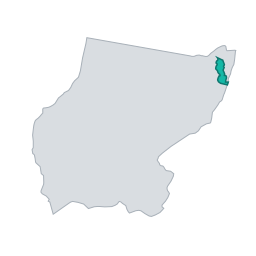 where Rukungiri sits in Uganda, rotated 190°
{"feature_id": "UGA-3373", "entity_name": "Rukungiri", "entity_type": "District", "adm_level": 1, "iso_a3": "UGA", "parent_name": "Uganda", "parent_adm1": "", "projection": "mercator", "projection_center": [29.905, -0.722], "detail": "fine", "context": "in_parent", "style": "filled", "palette": "teal", "viewbox_px": 256, "rotation_deg": 190, "n_neighbors": 0, "source": "natural_earth", "source_scale": "10m", "svg_char_len": 2768}
<svg xmlns="http://www.w3.org/2000/svg" viewBox="0 0 256 256"><g transform="rotate(190 128 128)"><path d="M184.2,209.8L180.4,209.8L174.3,209.8L168.2,209.8L162.1,209.8L156.0,209.8L149.9,209.8L143.7,209.8L137.6,209.8L131.5,209.8L125.4,209.8L119.3,209.8L113.2,209.8L107.0,209.8L100.9,209.8L94.8,209.8L88.7,209.8L82.6,209.8L79.0,209.8L78.2,209.7L77.7,209.6L75.4,210.0L73.0,211.5L70.5,212.2L67.8,211.9L67.4,212.1L66.1,212.0L64.1,211.9L62.3,212.3L60.9,213.7L59.5,215.9L57.0,218.5L55.1,220.8L53.4,222.5L49.6,225.2L47.5,225.9L46.5,225.8L45.8,225.3L44.6,221.9L43.9,221.3L36.5,223.1L35.3,223.1L35.5,222.1L34.9,214.0L34.8,209.0L35.8,205.9L36.4,202.3L36.4,199.2L37.8,193.8L37.3,190.6L39.0,179.3L39.5,177.4L40.2,172.0L41.3,170.3L42.3,169.6L43.5,166.3L46.0,161.0L47.6,158.2L47.3,152.2L47.5,148.1L47.9,147.2L51.5,145.7L56.2,141.9L58.2,137.4L60.9,134.6L66.3,132.7L82.3,117.5L89.8,109.2L93.0,105.0L93.1,103.5L93.7,101.5L92.4,100.0L90.9,98.6L90.4,97.3L89.0,96.6L87.1,96.6L85.9,95.7L84.4,93.8L83.0,92.7L78.5,92.8L75.0,90.9L75.0,88.3L76.4,83.2L79.0,77.4L79.2,75.8L78.8,74.4L78.2,73.2L77.0,72.1L75.8,70.7L76.7,66.5L78.4,62.4L79.7,60.3L81.1,58.0L80.7,56.1L78.8,55.2L79.8,53.4L81.9,50.3L86.0,47.1L89.5,45.0L91.9,45.0L96.6,46.7L100.8,48.7L103.1,48.8L105.9,47.9L111.8,44.5L113.2,45.6L114.9,47.7L116.7,51.2L120.4,52.8L122.1,53.9L123.4,54.2L124.1,53.9L125.5,51.2L127.2,49.7L130.3,47.8L137.1,46.3L142.0,45.8L144.1,45.5L147.5,44.6L153.0,41.8L158.4,45.4L164.3,46.1L169.9,46.1L171.7,45.0L172.7,44.1L178.6,38.2L186.7,30.1L192.1,41.5L193.9,42.1L193.6,43.1L193.2,44.1L196.7,46.8L201.0,48.3L202.6,49.7L202.7,51.2L201.3,57.9L201.5,59.8L202.9,66.5L205.5,68.0L207.8,74.7L212.4,77.6L213.1,78.4L214.1,81.6L215.5,85.2L216.6,86.0L217.3,86.2L218.7,90.0L217.9,92.2L219.0,98.6L220.7,104.4L221.1,111.3L221.2,114.3L221.1,116.2L220.7,118.8L219.9,120.3L218.4,121.8L216.8,124.1L215.4,126.6L214.5,127.9L215.2,131.6L215.0,132.6L214.6,133.0L212.5,133.6L209.8,134.6L208.2,135.6L205.9,137.5L204.1,139.5L201.7,145.5L197.6,150.2L196.9,151.8L193.1,154.6L191.4,158.0L190.3,162.2L188.8,165.2L185.6,169.4L184.8,176.0L184.9,189.1L184.1,204.0L184.2,209.8Z" fill="#d9dde1" stroke="#a8b0b8" stroke-width="1"/><path d="M37.2,190.6L37.6,187.7L44.6,188.1L46.9,189.2L47.9,190.6L48.1,191.4L48.0,192.2L47.9,192.7L47.8,193.7L47.4,194.5L47.4,195.0L46.8,195.2L46.4,195.5L46.9,196.8L48.2,197.4L49.2,198.6L49.9,200.0L51.9,201.5L52.0,202.8L51.9,204.2L51.3,205.4L51.2,206.4L52.0,206.9L52.6,207.4L52.5,208.2L52.5,208.9L52.2,209.5L51.6,210.1L51.4,210.6L51.4,211.3L51.6,212.1L52.3,212.8L47.6,211.5L46.5,211.3L44.1,207.2L44.2,206.4L44.6,205.8L44.5,205.0L43.8,204.3L44.4,201.5L42.4,198.4L42.1,197.5L42.2,196.5L41.3,196.5L40.5,196.4L39.9,195.4L39.7,194.3L40.0,192.3L39.9,190.2L37.2,190.6Z" fill="#14b8a6" stroke="#0f766e" stroke-width="1.5"/></g></svg>